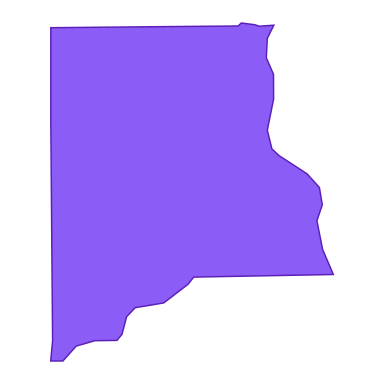 Clay, Florida, United States of America (Robinson projection)
{"feature_id": "52423323B4514438281509", "entity_name": "Clay", "entity_type": "district", "adm_level": 2, "iso_a3": "USA", "parent_name": "United States of America", "parent_adm1": "Florida", "projection": "robinson", "projection_center": [-81.803, 29.956], "detail": "fine", "context": "isolated", "style": "filled", "palette": "violet", "viewbox_px": 384, "rotation_deg": 0, "n_neighbors": 0, "source": "geoboundaries", "source_scale": "gbopen_adm2", "svg_char_len": 542}
<svg xmlns="http://www.w3.org/2000/svg" viewBox="0 0 384 384"><path d="M50.8,58.9L50.8,120.9L52.6,340.7L50.7,361.0L62.9,361.0L76.2,346.1L94.8,340.7L117.0,340.4L122.0,334.3L126.6,316.7L135.2,307.7L163.8,302.9L188.0,284.3L193.7,277.1L333.3,274.5L332.0,271.4L322.6,249.4L316.9,220.7L322.3,204.8L319.4,187.5L307.0,173.8L279.0,155.6L271.9,148.9L267.3,130.2L273.6,99.1L273.5,74.4L266.3,57.7L267.3,38.4L273.8,25.2L259.4,26.2L254.7,24.7L241.3,23.0L238.1,26.0L178.5,26.5L50.8,27.7L50.8,58.9Z" fill="#8b5cf6" stroke="#5b21b6" stroke-width="1.5"/></svg>